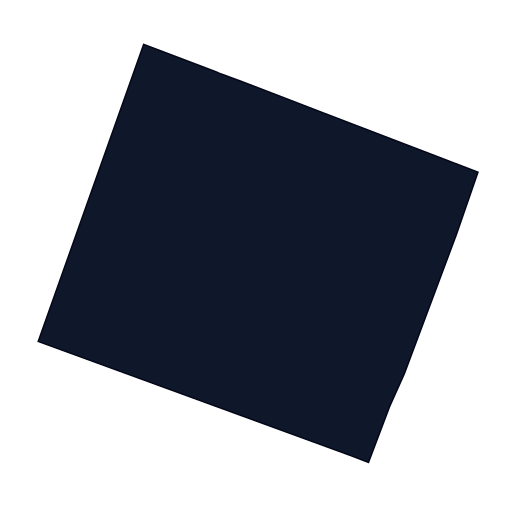 the district of Iroquois, Illinois, United States of America, rotated 291°
{"feature_id": "52423323B9331267703461", "entity_name": "Iroquois", "entity_type": "district", "adm_level": 2, "iso_a3": "USA", "parent_name": "United States of America", "parent_adm1": "Illinois", "projection": "orthographic", "projection_center": [-87.66, 40.748], "detail": "fine", "context": "isolated", "style": "filled", "palette": "ink", "viewbox_px": 512, "rotation_deg": 291, "n_neighbors": 0, "source": "geoboundaries", "source_scale": "gbopen_adm2", "svg_char_len": 384}
<svg xmlns="http://www.w3.org/2000/svg" viewBox="0 0 512 512"><g transform="rotate(291 256 256)"><path d="M413.7,263.8L413.8,182.8L413.6,165.4L413.6,164.7L413.4,155.4L413.6,154.4L413.6,143.2L413.3,75.3L98.2,83.3L103.6,414.9L103.6,435.0L163.3,434.7L199.4,436.7L347.9,435.4L413.8,433.2L413.8,403.0L413.8,402.8L413.7,263.8Z" fill="#0f172a" stroke="#020617" stroke-width="1.5"/></g></svg>